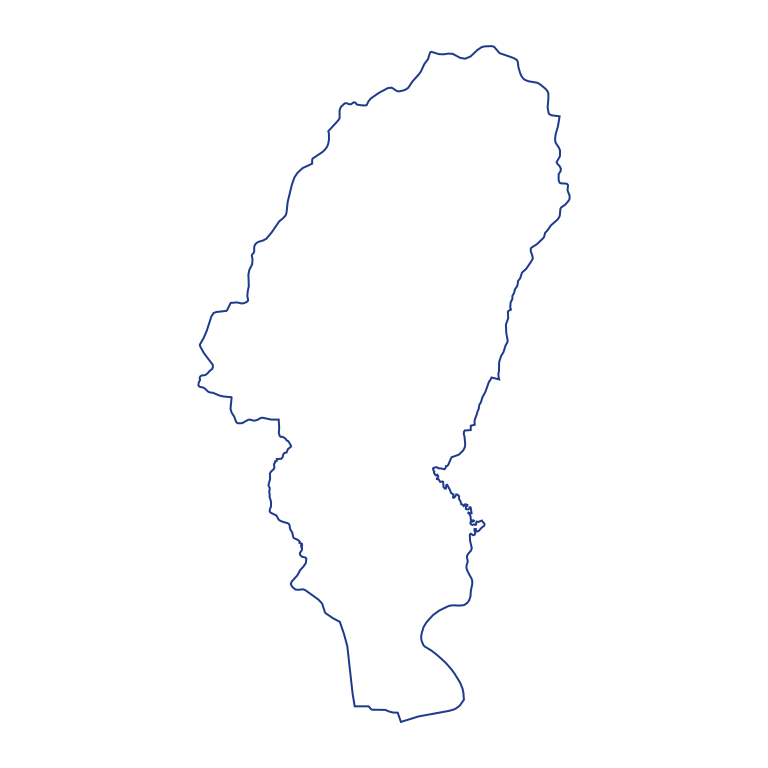 the district of Thap Put, Phangnga, Thailand
{"feature_id": "78962969B9320754412882", "entity_name": "Thap Put", "entity_type": "district", "adm_level": 2, "iso_a3": "THA", "parent_name": "Thailand", "parent_adm1": "Phangnga", "projection": "mercator", "projection_center": [98.637, 8.519], "detail": "fine", "context": "isolated", "style": "outline", "palette": "blue", "viewbox_px": 768, "rotation_deg": 0, "n_neighbors": 0, "source": "geoboundaries", "source_scale": "gbopen_adm2", "svg_char_len": 6080}
<svg xmlns="http://www.w3.org/2000/svg" viewBox="0 0 768 768"><path d="M510.2,307.8L510.6,302.5L512.4,298.9L512.4,295.9L514.0,293.1L515.0,289.2L517.0,286.4L517.7,284.2L517.9,281.2L520.2,278.2L522.0,272.6L526.3,268.7L531.4,261.2L532.8,258.5L532.4,256.0L530.7,250.9L530.8,248.5L531.5,247.6L536.9,244.2L543.3,238.1L544.1,236.9L545.1,232.9L547.7,230.1L551.0,225.3L557.6,219.5L559.1,217.3L559.8,215.6L560.4,208.9L561.1,207.5L565.3,204.6L568.9,200.4L569.6,198.7L569.6,195.7L567.5,190.3L568.0,185.8L567.8,184.7L566.8,183.8L565.7,183.6L560.8,183.3L559.5,182.6L558.6,179.9L558.7,174.1L560.5,171.3L560.9,168.8L559.7,166.3L557.1,163.5L556.6,162.0L559.5,157.1L560.0,155.7L560.0,150.4L558.8,147.5L555.9,143.2L555.2,141.0L555.1,138.3L555.8,133.6L557.9,126.6L559.6,116.3L551.5,115.3L549.1,114.0L548.5,112.5L547.6,107.2L548.4,98.8L548.3,93.2L547.4,91.1L545.5,88.8L540.7,84.8L537.5,82.8L528.7,81.3L525.2,80.0L523.5,78.8L521.7,76.5L520.2,73.3L518.5,67.6L517.8,62.0L516.9,60.0L513.3,57.9L499.5,53.1L494.1,46.8L491.6,46.1L484.6,46.4L481.7,47.1L477.4,50.0L470.6,56.4L465.2,58.7L460.3,57.9L452.6,53.8L448.1,53.6L444.0,54.3L439.2,54.2L431.3,51.8L430.4,52.2L429.9,53.1L428.0,59.2L424.3,64.1L421.0,71.3L419.5,73.6L412.5,81.4L408.3,87.7L406.0,89.4L402.9,90.6L399.0,91.4L397.6,91.2L395.7,90.4L393.0,88.4L391.4,87.7L387.8,88.1L378.5,93.1L370.9,98.4L368.5,101.3L366.7,105.0L366.0,105.4L362.5,105.4L357.4,104.7L356.6,104.3L355.4,102.6L353.8,102.3L350.9,104.3L349.1,104.2L346.4,103.2L344.8,103.3L340.8,107.0L339.6,110.3L339.6,118.3L338.4,120.2L328.3,131.2L328.9,133.5L329.0,139.5L328.2,143.9L327.0,146.9L324.6,150.0L322.5,152.0L312.7,158.5L312.2,159.7L312.1,163.7L302.6,168.1L297.5,172.8L294.4,177.5L291.9,184.6L287.7,201.8L286.6,211.9L286.1,214.3L285.3,215.8L283.2,218.1L279.2,221.4L271.8,232.2L266.3,238.8L263.0,240.5L258.3,241.9L255.7,243.7L254.7,245.3L254.2,247.3L254.2,251.4L253.8,252.7L252.1,254.5L251.8,255.6L252.5,259.2L252.2,264.2L249.3,270.0L248.4,274.7L248.8,286.4L247.8,290.9L247.3,296.0L248.1,299.8L247.9,300.8L246.4,302.1L243.6,303.3L241.2,303.4L237.0,302.4L230.7,302.9L227.0,310.4L226.3,310.9L216.4,312.0L213.6,313.0L211.4,316.4L206.7,330.9L203.8,337.7L199.8,344.7L200.3,346.6L203.9,353.1L212.7,364.7L212.9,366.9L212.3,368.8L209.6,371.0L207.1,373.8L205.2,375.1L201.6,375.5L200.4,376.3L199.6,377.8L200.1,380.0L198.8,382.4L198.4,385.2L198.7,385.9L199.9,386.9L202.7,387.4L204.3,388.1L208.2,391.7L209.8,392.4L213.0,392.8L219.9,395.7L223.7,396.5L231.4,397.2L231.6,397.6L230.5,408.8L231.6,412.6L234.2,416.6L236.2,422.1L237.9,423.3L242.1,423.2L248.2,419.8L249.5,419.6L254.3,420.7L257.4,419.9L260.3,418.2L262.3,417.7L271.4,419.6L278.7,419.6L279.2,427.5L278.8,433.2L279.8,436.1L280.6,436.8L282.7,436.8L285.8,438.9L286.7,440.5L287.9,440.9L289.2,442.4L291.1,446.1L290.7,447.0L288.0,449.0L286.5,452.5L284.2,453.1L283.3,454.3L282.7,457.1L281.3,458.8L276.8,459.0L276.8,460.8L275.1,461.3L275.2,462.3L274.0,464.2L274.4,467.3L273.9,468.9L270.8,471.9L269.9,473.6L270.1,479.0L268.5,484.9L268.5,485.6L269.6,487.5L269.7,489.5L269.2,491.5L269.7,494.8L269.5,496.4L270.9,501.4L271.1,503.6L270.9,506.8L269.9,509.2L269.7,511.3L270.5,512.6L276.4,515.5L278.4,519.2L279.6,520.4L281.9,521.5L287.9,523.3L288.9,524.0L289.5,525.1L290.2,529.3L292.3,532.7L293.4,537.6L294.5,538.4L298.1,540.0L299.7,541.5L299.4,542.8L301.9,543.7L302.1,545.0L301.2,545.1L301.0,545.9L301.8,546.8L301.4,547.5L302.1,548.1L302.0,549.2L301.8,550.2L299.9,552.9L300.1,554.9L301.9,556.7L305.5,557.6L306.3,558.6L305.9,562.9L303.5,566.5L300.3,569.9L297.3,575.4L292.0,581.2L290.9,583.5L291.1,585.0L292.7,587.3L295.6,589.6L298.6,589.8L303.1,589.3L305.2,590.1L318.3,599.5L321.4,602.7L322.3,604.1L324.9,612.2L325.5,613.1L332.9,618.2L339.8,621.8L343.9,633.7L347.3,646.2L352.6,693.6L354.7,706.3L368.6,706.3L371.3,709.4L372.1,709.7L385.4,709.9L389.0,711.5L393.0,712.5L397.7,712.7L400.9,721.9L418.7,716.4L448.9,710.9L453.5,709.6L456.1,708.4L459.6,705.8L463.9,699.7L463.4,692.8L462.6,688.9L460.2,682.8L454.4,673.4L451.5,669.4L445.6,662.7L437.7,655.5L431.6,650.7L424.7,646.5L423.4,645.1L422.3,642.5L421.5,640.5L421.1,637.2L421.8,632.8L423.6,627.0L426.6,622.1L432.9,615.2L439.3,610.5L447.1,606.7L449.3,605.8L452.9,605.3L459.2,605.6L464.0,605.1L467.2,603.0L469.1,600.4L470.5,596.3L470.8,590.9L472.2,584.4L472.3,581.8L471.9,579.4L467.4,570.9L466.4,567.8L466.6,565.3L467.8,561.4L467.0,557.7L467.1,555.8L467.9,554.1L470.9,550.7L471.8,548.1L470.1,540.9L469.8,535.0L470.1,534.1L470.7,533.7L473.2,535.2L474.7,534.7L475.4,532.6L474.4,530.5L474.6,529.0L475.8,529.0L475.9,530.6L476.4,531.3L477.3,531.4L478.7,530.9L481.9,527.4L484.2,525.8L484.6,524.1L484.1,523.2L482.4,521.6L482.0,520.6L480.6,520.9L478.7,521.9L476.7,521.6L476.1,522.8L476.2,524.4L475.7,524.9L474.1,524.5L472.3,524.9L471.0,524.3L470.4,523.3L470.6,522.1L473.8,521.2L474.0,520.8L473.4,520.3L471.5,520.6L471.0,520.3L470.4,515.9L469.5,514.0L468.3,513.0L468.7,512.5L470.5,513.5L471.6,513.3L470.7,507.6L470.4,507.2L469.6,507.3L469.4,508.4L468.5,509.3L467.1,509.4L465.9,509.0L465.8,506.6L467.2,505.9L467.4,504.9L465.2,504.2L463.6,506.0L462.5,504.5L461.3,504.3L460.6,501.6L459.0,498.9L459.1,496.3L457.8,494.8L456.3,494.4L455.5,496.1L454.3,497.5L453.7,497.8L453.0,497.5L453.5,494.4L451.1,493.1L450.1,490.2L447.2,484.8L446.4,484.9L445.9,488.5L444.7,488.5L443.5,486.8L443.1,481.8L442.4,481.5L440.2,481.9L438.7,479.4L436.9,479.1L436.9,478.5L438.1,477.3L438.2,476.0L437.2,474.7L436.2,475.5L435.7,475.3L434.0,473.0L434.3,471.5L433.6,470.8L433.0,468.6L433.4,468.0L436.2,467.2L437.6,467.5L438.3,468.3L441.5,468.5L444.4,469.3L445.6,467.9L446.0,466.1L447.1,466.0L448.1,465.1L451.5,457.3L458.8,454.7L463.2,450.5L464.8,447.3L465.2,444.1L464.5,436.5L463.8,434.2L463.9,431.9L464.8,430.5L470.7,430.1L470.8,425.7L474.7,424.8L474.5,421.6L474.9,419.3L476.6,414.8L477.7,411.0L478.7,408.9L479.3,404.9L481.0,402.1L482.4,397.3L485.5,391.6L489.1,381.4L490.2,380.4L491.5,377.5L499.2,379.4L498.5,376.5L498.4,373.5L499.0,371.2L499.1,362.3L501.2,355.7L503.4,352.3L505.6,345.4L507.3,342.4L507.7,340.8L506.3,333.2L505.9,324.6L508.2,318.2L507.9,311.8L508.4,310.9L510.9,309.7L510.9,309.1L510.2,307.8Z" fill="none" stroke="#1e3a8a" stroke-width="2"/></svg>